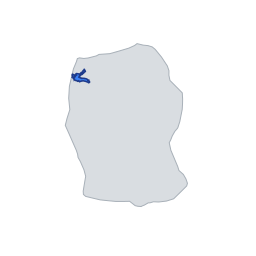 Likila, Butha-Buthe, Lesotho shown in context, rotated 305°
{"feature_id": "5366337B33433866284044", "entity_name": "Likila", "entity_type": "district", "adm_level": 2, "iso_a3": "LSO", "parent_name": "Lesotho", "parent_adm1": "Butha-Buthe", "projection": "albers", "projection_center": [28.423, -28.762], "detail": "fine", "context": "in_parent", "style": "filled", "palette": "blue", "viewbox_px": 256, "rotation_deg": 305, "n_neighbors": 0, "source": "geoboundaries", "source_scale": "gbopen_adm2", "svg_char_len": 4239}
<svg xmlns="http://www.w3.org/2000/svg" viewBox="0 0 256 256"><g transform="rotate(305 128 128)"><path d="M163.1,166.7L157.0,168.6L156.1,168.7L152.2,168.3L146.9,168.8L142.8,169.8L139.6,170.2L134.4,175.8L124.9,190.9L122.4,194.1L121.7,200.0L119.5,204.7L116.8,208.4L114.2,209.3L106.3,207.9L96.2,206.0L90.3,201.5L85.0,195.6L82.2,191.2L79.3,188.9L78.3,187.5L74.2,185.6L72.6,184.5L71.2,183.8L69.5,180.9L68.5,178.4L68.9,171.4L65.9,167.3L60.9,160.2L57.6,154.4L53.2,146.5L50.5,139.7L47.7,132.6L48.0,129.6L50.6,127.5L58.3,123.8L64.2,121.0L68.5,115.9L73.1,108.4L75.3,103.9L77.6,101.8L80.0,98.6L84.3,91.5L89.1,83.6L94.2,75.1L100.8,72.6L109.7,69.8L118.3,62.4L128.5,56.1L145.1,49.4L152.8,47.7L155.8,46.7L157.6,48.0L159.6,51.9L162.4,55.1L168.9,60.7L171.7,62.1L178.4,70.4L185.5,76.2L193.8,82.8L199.4,86.1L202.3,87.0L204.6,92.9L207.0,97.2L208.3,101.3L208.0,105.2L205.3,114.8L201.4,124.6L198.4,128.7L194.6,131.3L191.0,135.1L189.6,143.0L187.9,152.3L183.1,156.1L179.4,158.6L174.4,161.7L163.1,166.7Z" fill="#d9dde1" stroke="#a8b0b8" stroke-width="1"/><path d="M143.7,70.1L143.8,69.9L144.1,69.7L144.2,69.4L144.2,69.2L144.2,68.9L144.3,68.8L144.3,68.7L144.4,68.4L144.2,67.9L144.3,67.9L144.2,67.8L144.2,67.7L144.3,67.4L144.4,67.2L144.5,67.1L144.5,66.9L144.5,66.7L144.4,66.3L144.5,66.1L144.4,65.9L144.3,65.3L144.2,65.2L144.1,64.9L144.0,64.7L143.9,64.5L143.9,64.4L143.8,64.2L143.6,64.0L143.5,63.8L143.6,63.7L143.4,63.4L143.3,63.2L143.2,63.1L143.1,62.9L143.0,62.7L142.8,62.5L142.8,62.4L142.7,62.3L142.6,62.2L142.4,62.1L142.4,61.9L142.4,61.7L142.1,61.5L142.2,61.4L142.2,61.2L141.8,60.9L141.9,60.6L141.8,60.4L141.8,60.2L141.7,59.9L141.6,59.5L141.5,59.4L141.5,59.2L141.4,59.0L141.4,58.9L141.7,59.0L141.9,58.9L141.8,58.6L142.0,58.5L142.1,58.4L142.3,58.4L142.3,58.7L142.4,58.8L142.6,58.5L142.8,58.6L143.0,58.6L143.1,58.4L143.3,58.5L143.5,58.8L143.8,58.8L144.0,58.9L144.2,58.7L144.3,58.6L144.5,58.8L144.7,59.0L144.8,58.9L145.0,59.0L145.1,58.9L145.2,59.1L145.3,59.1L145.4,59.3L145.5,59.3L145.6,59.2L146.1,59.1L146.3,59.3L146.5,59.4L146.6,59.7L146.8,59.7L146.7,59.8L146.8,59.8L147.0,60.0L147.3,60.0L147.5,60.1L147.8,60.2L148.0,60.1L148.3,60.1L148.5,60.2L148.8,60.2L148.9,60.3L149.1,60.3L149.4,60.4L149.5,60.4L149.6,60.5L149.7,60.4L149.8,60.5L149.9,60.4L150.0,60.5L150.1,60.4L150.2,60.2L150.3,59.9L150.4,59.5L150.5,59.5L150.7,59.1L150.9,58.9L151.0,58.5L150.8,58.4L150.5,58.6L149.8,58.6L149.6,58.4L149.3,58.3L148.9,58.3L148.7,58.5L148.4,58.6L148.0,58.6L147.4,58.4L147.0,58.0L146.8,58.0L146.7,57.9L146.3,57.8L146.0,57.9L145.9,57.9L145.7,57.7L144.2,57.5L144.1,57.2L144.1,56.8L144.1,56.6L143.9,56.3L143.7,55.9L143.5,55.4L143.4,55.3L143.3,55.0L143.3,54.9L143.0,54.7L143.0,54.8L143.0,55.0L142.9,55.0L142.8,54.9L142.8,54.6L142.6,54.6L142.5,54.8L142.2,54.7L142.3,54.5L142.1,54.4L141.9,54.5L141.7,54.6L141.5,54.9L141.5,55.0L141.4,54.9L141.1,54.8L141.0,55.0L140.9,54.9L140.7,55.0L140.2,55.2L139.9,54.9L140.0,54.8L139.6,54.7L139.8,54.6L140.1,54.3L140.5,54.1L140.7,53.8L140.7,53.6L140.7,53.2L140.5,52.9L140.5,52.7L140.4,52.0L140.3,51.9L140.2,51.7L139.9,51.8L139.8,51.7L139.7,51.7L139.4,51.8L139.2,52.0L139.3,52.3L139.2,52.3L139.1,52.5L138.8,52.7L138.7,52.7L138.7,52.9L138.4,53.0L138.2,53.2L138.2,53.3L137.8,53.3L138.0,53.6L138.0,53.8L138.1,54.0L138.1,54.3L138.3,54.4L138.2,54.5L138.3,54.6L138.2,54.6L138.2,54.8L137.8,54.8L137.9,55.0L137.7,54.9L137.7,55.0L137.4,55.1L137.4,55.3L137.3,55.5L137.1,55.4L137.1,55.5L136.9,55.9L136.9,56.0L136.7,56.2L136.8,56.2L136.8,56.3L136.9,56.5L136.8,56.9L136.8,57.1L136.9,57.5L136.9,57.8L136.9,58.0L137.1,58.1L137.2,58.6L137.4,59.1L137.3,59.7L137.4,60.0L137.7,60.0L137.8,60.3L138.0,60.4L138.3,60.4L138.3,60.5L138.1,60.7L138.1,60.8L138.1,61.0L138.4,61.1L138.5,61.3L138.4,61.6L138.3,61.8L138.2,61.9L138.2,62.0L138.3,62.0L138.5,62.0L138.8,62.1L139.1,62.3L139.2,62.5L139.3,62.7L139.6,62.9L139.8,62.9L139.9,63.0L140.0,63.2L140.1,63.3L140.4,63.5L140.5,63.8L140.6,64.0L140.9,64.2L140.9,64.3L141.1,64.5L141.2,64.8L141.3,65.1L141.5,65.6L141.6,65.9L141.8,66.2L141.8,66.4L141.9,66.5L142.0,66.7L142.0,67.0L142.1,67.3L142.4,67.7L142.3,67.9L142.4,68.1L142.4,68.3L142.5,68.4L142.5,68.5L142.4,68.5L142.5,68.8L142.6,69.0L142.5,69.4L142.4,69.6L142.8,69.9L142.8,70.0L143.0,70.2L143.3,70.3L143.6,70.2L143.7,70.1Z" fill="#3b82f6" stroke="#1e3a8a" stroke-width="1.5"/></g></svg>